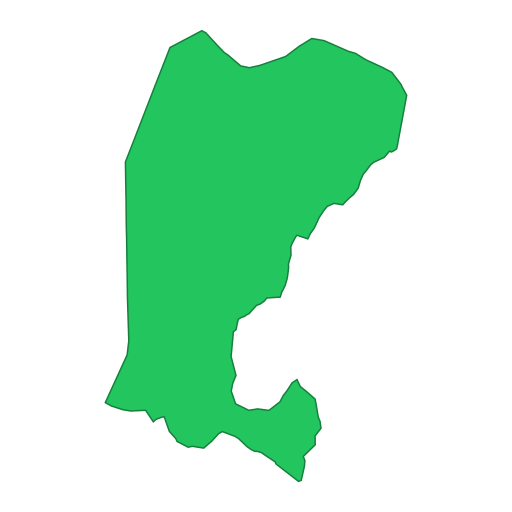 the district of Karu, Nassarawa, Nigeria
{"feature_id": "59680162B13670821264537", "entity_name": "Karu", "entity_type": "district", "adm_level": 2, "iso_a3": "NGA", "parent_name": "Nigeria", "parent_adm1": "Nassarawa", "projection": "natural_earth1", "projection_center": [7.844, 8.986], "detail": "fine", "context": "isolated", "style": "filled", "palette": "green", "viewbox_px": 512, "rotation_deg": 0, "n_neighbors": 0, "source": "geoboundaries", "source_scale": "gbopen_adm2", "svg_char_len": 2086}
<svg xmlns="http://www.w3.org/2000/svg" viewBox="0 0 512 512"><path d="M105.3,402.6L111.6,406.1L122.8,409.7L130.8,411.0L145.6,410.3L153.3,421.8L156.1,419.3L161.7,417.2L164.2,416.8L169.4,431.5L175.8,438.6L177.1,441.5L188.2,447.2L192.4,446.3L203.7,448.1L211.8,441.1L218.7,433.6L222.3,431.6L235.4,436.5L238.8,438.8L247.2,446.8L251.4,449.7L254.8,451.3L257.4,451.4L261.7,452.7L263.9,454.4L275.3,462.0L275.9,463.9L298.4,481.3L301.2,480.4L304.4,466.4L304.9,460.7L303.3,456.4L315.2,444.8L315.1,435.9L321.0,428.3L320.1,421.6L318.2,416.9L316.1,404.2L315.1,399.1L307.3,392.2L300.2,386.4L297.0,379.6L292.2,382.7L287.3,390.3L283.3,395.5L279.9,401.9L268.9,410.4L257.7,408.9L248.8,410.3L235.6,403.8L231.2,391.0L231.3,390.8L232.7,383.5L236.0,375.4L231.1,356.6L233.4,331.8L236.1,329.6L237.2,323.8L238.2,319.7L239.1,318.7L241.5,317.4L244.5,316.4L246.5,314.9L249.1,313.6L256.5,305.4L260.5,303.9L264.5,300.9L266.8,298.0L280.2,297.1L281.8,292.0L282.8,290.3L285.2,285.4L287.0,279.1L287.7,275.3L288.6,268.0L288.5,263.8L291.0,255.2L290.8,246.8L292.2,243.3L295.6,237.0L296.8,235.3L297.8,235.5L299.9,236.3L303.5,237.4L306.2,238.3L307.8,238.9L308.7,237.0L310.2,233.8L312.5,230.6L314.2,228.2L317.2,221.9L319.2,217.5L320.4,215.7L324.0,210.3L325.7,208.3L327.3,206.4L333.9,203.4L338.4,204.1L342.7,204.8L345.3,202.0L348.8,198.5L353.7,194.3L358.2,188.1L359.4,184.1L360.4,180.6L361.2,178.9L363.1,174.5L366.9,169.8L368.4,167.8L370.8,164.7L371.9,163.8L373.5,162.4L384.3,157.3L389.6,151.1L390.9,151.8L391.5,152.0L391.7,151.9L394.3,150.5L396.6,148.8L397.4,145.3L401.8,121.7L406.7,95.3L404.6,91.4L401.6,85.9L401.5,85.1L398.6,81.2L391.9,72.4L382.4,67.4L365.9,59.8L357.5,54.6L356.2,53.8L355.6,53.4L348.4,51.3L324.0,40.6L311.8,38.5L299.6,46.0L285.6,56.5L259.8,65.4L249.4,67.7L240.7,65.9L227.8,54.9L224.3,52.6L217.3,45.3L205.8,32.8L201.8,30.7L170.0,47.5L154.4,87.4L133.7,140.8L125.4,162.0L125.7,180.5L126.1,203.7L126.1,208.3L126.3,226.7L126.6,237.9L127.1,270.9L127.2,277.9L127.4,293.1L127.4,296.2L128.8,340.9L128.2,345.8L127.8,349.3L127.1,355.0L112.2,387.5L105.3,402.6Z" fill="#22c55e" stroke="#15803d" stroke-width="1.5"/></svg>